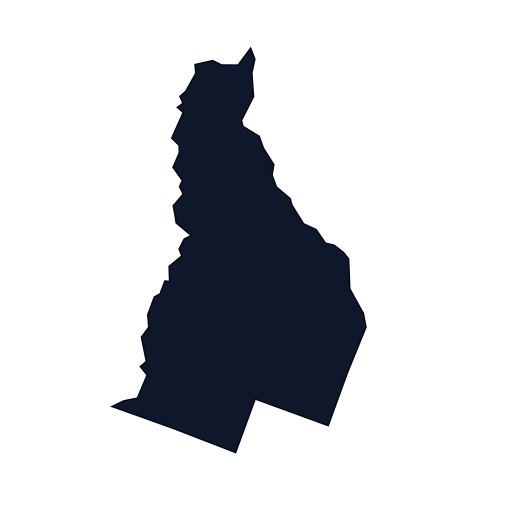 Mason, Illinois, United States of America, rotated 111°
{"feature_id": "52423323B7274127443145", "entity_name": "Mason", "entity_type": "district", "adm_level": 2, "iso_a3": "USA", "parent_name": "United States of America", "parent_adm1": "Illinois", "projection": "albers", "projection_center": [-90.006, 40.244], "detail": "fine", "context": "isolated", "style": "filled", "palette": "ink", "viewbox_px": 512, "rotation_deg": 111, "n_neighbors": 0, "source": "geoboundaries", "source_scale": "gbopen_adm2", "svg_char_len": 956}
<svg xmlns="http://www.w3.org/2000/svg" viewBox="0 0 512 512"><g transform="rotate(111 256 256)"><path d="M446.8,204.6L389.8,205.5L388.5,127.8L332.1,128.8L283.0,127.8L271.1,135.2L253.0,156.7L225.5,168.5L221.4,175.5L217.9,186.8L219.1,195.7L209.8,209.3L208.9,223.1L195.6,240.7L190.2,244.6L184.2,261.7L174.5,270.1L164.3,272.1L152.6,287.8L143.1,295.9L139.7,314.6L134.6,318.2L108.0,315.4L86.5,325.5L72.6,327.6L63.9,335.5L84.2,341.2L90.0,356.5L89.1,366.5L99.1,381.5L107.1,377.7L127.4,380.6L134.3,384.2L139.6,378.9L145.4,382.7L148.1,375.4L176.2,376.9L180.3,367.4L187.1,364.6L203.0,365.2L211.8,351.9L218.7,352.2L224.3,346.2L238.8,351.3L247.3,346.0L253.7,342.4L260.1,323.8L265.8,329.1L277.1,330.3L282.5,325.3L296.8,333.4L310.8,327.5L312.0,332.1L325.7,332.0L330.6,336.2L349.7,336.0L360.9,330.6L372.8,333.9L393.7,320.6L400.7,324.4L406.1,315.0L431.2,315.8L438.5,327.4L448.1,336.5L446.6,272.5L446.8,204.6Z" fill="#0f172a" stroke="#020617" stroke-width="1.5"/></g></svg>